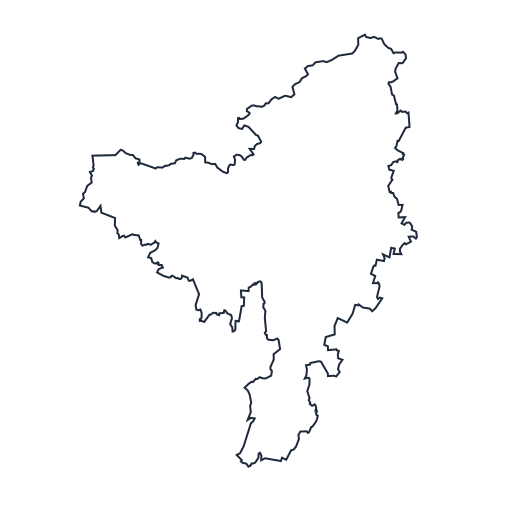 outline of Boyle Lea-6, Roscommon, Ireland, rotated 264°
{"feature_id": "5873133B69148251137192", "entity_name": "Boyle Lea-6", "entity_type": "district", "adm_level": 2, "iso_a3": "IRL", "parent_name": "Ireland", "parent_adm1": "Roscommon", "projection": "orthographic", "projection_center": [-8.266, 53.929], "detail": "fine", "context": "isolated", "style": "outline", "palette": "slate", "viewbox_px": 512, "rotation_deg": 264, "n_neighbors": 0, "source": "geoboundaries", "source_scale": "gbopen_adm2", "svg_char_len": 6108}
<svg xmlns="http://www.w3.org/2000/svg" viewBox="0 0 512 512"><g transform="rotate(264 256 256)"><path d="M316.7,100.2L317.4,102.4L322.1,106.6L315.2,106.8L308.5,119.8L301.0,118.8L295.9,121.1L293.2,120.5L292.0,121.7L288.1,121.9L289.9,125.6L290.0,126.8L288.1,128.0L290.6,135.5L289.6,136.9L288.8,141.4L283.8,142.7L283.9,143.4L279.8,143.0L278.2,144.2L279.0,147.2L278.6,148.3L279.4,149.7L278.2,152.5L279.9,156.3L281.4,157.5L279.9,158.3L278.7,160.4L274.4,158.9L272.3,156.4L270.2,151.1L266.0,148.6L264.9,151.6L260.9,152.2L259.2,154.3L259.1,155.8L260.0,157.8L259.0,158.4L257.8,157.6L257.1,158.7L256.9,161.3L254.1,162.1L254.1,160.5L252.8,157.6L250.0,155.9L245.8,162.1L243.6,167.4L243.8,168.9L245.1,169.9L245.0,171.1L242.2,174.3L242.3,176.0L241.2,177.1L241.0,178.6L242.6,180.2L244.2,180.4L241.7,185.6L238.4,186.6L238.2,188.2L239.5,190.8L224.0,195.4L213.5,190.8L209.0,191.0L208.0,193.3L208.6,195.1L205.1,196.0L200.4,195.4L199.0,194.5L199.0,193.5L197.3,193.3L197.1,195.2L195.8,197.6L202.5,203.6L202.4,204.8L204.0,207.3L203.5,210.5L202.1,210.8L201.0,213.1L202.8,213.5L202.8,218.0L205.3,218.7L205.3,219.5L201.8,221.7L199.8,225.2L196.8,225.6L190.9,223.2L187.5,224.9L183.4,224.8L183.2,225.6L184.7,227.7L193.6,228.9L193.5,230.4L192.6,231.4L193.0,232.3L207.7,236.5L207.7,238.6L208.2,238.8L216.1,239.9L216.4,237.1L223.3,237.4L221.9,244.9L225.4,245.5L225.8,247.2L228.4,250.7L227.6,250.7L227.8,253.0L229.2,253.0L228.9,254.4L230.0,255.1L230.4,257.6L228.7,258.8L214.1,257.8L209.4,259.8L208.0,259.4L207.6,258.4L204.1,257.9L200.5,259.6L193.5,258.3L180.1,258.2L178.6,256.7L176.7,257.4L176.3,258.6L173.5,258.2L171.5,259.3L170.4,264.4L171.7,268.4L170.1,269.7L160.8,270.2L156.6,263.3L151.1,262.8L144.0,258.7L141.6,258.6L140.1,259.8L135.4,258.6L133.2,252.7L133.6,250.0L135.1,247.0L133.5,244.3L133.9,242.9L131.4,240.3L130.9,239.6L131.4,238.5L129.8,235.5L126.2,230.9L123.2,233.7L118.9,235.2L110.4,235.9L107.7,234.5L101.4,234.5L93.8,230.6L95.6,234.0L94.6,237.7L92.0,236.0L90.1,233.4L68.0,223.8L61.6,219.6L60.1,216.0L54.5,220.5L53.2,219.5L51.6,221.3L50.5,224.7L47.3,226.4L48.1,227.7L47.8,228.3L50.2,230.1L49.9,231.5L50.6,233.6L55.1,237.3L59.1,238.0L59.9,239.3L56.9,240.5L52.3,239.8L53.9,243.8L49.5,259.3L52.7,260.8L50.2,264.7L59.1,270.6L59.6,273.3L62.3,275.9L69.6,279.6L73.6,279.5L76.8,281.8L76.3,288.2L74.7,289.0L75.0,290.2L80.2,293.1L80.5,294.4L85.3,298.6L88.8,300.2L90.8,300.7L91.5,299.6L93.6,299.2L94.8,300.3L96.2,300.1L96.1,299.0L98.6,300.0L101.4,299.5L102.3,298.9L101.1,296.2L103.4,294.0L104.3,294.6L107.2,293.4L109.0,294.4L116.2,292.9L122.7,295.7L128.2,296.4L129.2,296.0L129.5,294.7L129.0,291.7L132.2,293.7L138.0,294.8L142.1,294.3L142.3,298.4L143.9,298.9L144.8,307.5L144.1,309.6L131.6,315.2L129.0,315.0L128.8,321.0L127.8,323.2L131.9,327.1L135.0,325.7L139.5,327.4L143.7,331.1L145.7,327.0L149.8,327.1L152.8,328.5L153.8,326.4L154.8,326.2L154.8,317.8L158.7,318.0L160.5,314.6L168.1,316.9L169.8,326.1L178.2,326.8L185.7,330.8L180.3,339.7L188.6,346.1L197.0,349.5L196.2,352.6L197.1,353.1L193.7,356.7L191.7,363.8L188.9,365.8L191.4,369.2L200.7,377.1L201.7,374.9L200.5,372.9L202.5,372.0L212.8,375.7L215.8,375.4L217.1,374.5L216.3,373.6L216.8,369.5L223.6,372.5L226.3,368.5L233.1,371.5L234.2,372.6L233.8,373.8L239.7,375.8L237.6,382.7L240.3,383.7L244.3,382.5L240.7,388.6L250.0,391.3L248.9,394.8L243.7,393.0L242.6,400.7L245.4,399.6L248.1,399.9L250.7,402.1L253.0,404.6L253.2,405.3L251.9,406.3L254.1,411.6L259.2,409.9L259.0,414.4L256.6,416.8L257.8,417.9L263.3,417.9L265.9,413.6L269.2,414.4L272.6,412.7L273.3,411.8L273.4,409.0L271.5,406.9L273.2,404.2L279.1,408.3L279.4,401.9L284.0,402.1L284.4,403.7L285.9,405.1L291.5,407.1L291.9,403.1L297.9,402.3L300.8,399.8L304.3,399.0L304.6,396.9L305.8,396.9L305.7,395.6L311.9,394.8L317.6,399.7L318.7,398.7L320.4,399.0L326.3,401.9L327.9,397.6L331.7,397.1L332.2,399.9L335.1,402.3L335.5,404.9L334.6,406.4L336.3,406.9L337.6,409.4L336.8,410.2L337.4,411.4L336.4,411.8L337.1,412.6L338.8,412.3L341.1,413.9L342.1,412.7L342.8,413.3L346.3,407.9L348.9,405.6L350.5,407.1L355.7,408.8L355.4,409.9L367.9,418.3L368.3,422.2L382.7,422.6L382.2,421.1L384.0,419.9L384.1,416.2L385.5,415.1L383.1,411.3L383.2,410.0L386.0,411.9L392.1,412.0L392.3,411.2L401.2,409.9L402.4,408.2L410.3,407.5L413.5,405.7L415.0,406.5L414.6,408.2L415.3,410.7L417.9,415.3L424.8,413.6L427.8,414.5L433.0,418.1L432.4,421.5L432.8,422.2L437.0,425.9L440.7,425.8L443.7,423.6L443.1,421.7L443.8,416.3L443.3,414.0L447.9,412.0L449.2,409.2L453.3,405.7L459.0,403.7L459.5,402.5L459.1,400.3L461.6,396.3L460.8,392.6L462.3,388.5L464.7,387.4L461.9,380.3L455.3,379.8L449.5,375.6L447.3,372.9L446.6,359.0L443.0,351.8L441.4,346.6L442.8,343.2L442.4,335.4L439.7,332.3L439.5,327.6L437.3,324.2L431.3,326.7L429.6,324.7L428.0,320.2L424.5,317.6L422.7,312.6L420.3,309.9L412.7,311.1L410.3,307.5L412.2,302.5L412.1,300.8L410.0,295.0L412.2,291.6L410.1,287.7L406.5,284.3L406.8,281.6L404.9,280.3L403.8,277.7L405.1,271.3L406.0,270.0L406.0,267.5L403.2,262.4L401.0,262.0L399.2,264.5L398.1,264.4L396.5,262.5L393.9,257.8L393.9,254.3L395.2,253.6L395.0,252.5L390.9,252.0L387.8,250.2L385.0,252.0L383.8,255.4L387.1,258.0L385.3,262.0L376.4,268.6L375.5,270.5L369.0,273.1L367.8,271.9L367.2,268.6L365.6,266.4L362.7,265.3L363.2,260.9L357.3,264.2L356.6,263.2L357.0,261.5L355.0,257.1L352.7,255.2L353.0,254.0L356.6,252.1L358.0,250.3L358.8,247.7L357.3,244.4L354.0,245.2L349.3,244.4L348.8,242.7L349.6,239.8L348.9,239.0L346.0,237.3L342.4,237.0L341.4,235.7L343.1,232.1L347.9,226.8L351.8,225.1L352.0,221.6L353.8,218.3L354.4,215.3L360.0,215.7L362.7,212.9L363.5,211.2L363.8,207.7L365.3,206.0L365.0,204.5L363.5,204.6L360.2,202.4L359.7,200.1L361.2,195.9L360.0,194.8L360.7,190.8L359.5,186.7L356.7,185.0L356.6,180.8L355.5,179.4L355.0,176.4L355.3,175.3L353.7,172.2L354.6,167.0L353.5,165.4L359.9,152.0L360.1,150.3L359.1,148.7L361.1,148.2L361.9,150.0L364.2,150.2L365.7,146.4L369.3,144.1L369.8,141.1L371.9,137.2L374.8,134.6L375.8,132.5L371.0,126.7L372.9,103.8L363.1,104.0L360.9,103.0L359.7,103.9L357.5,102.7L356.9,99.6L353.0,101.3L351.1,100.1L346.2,100.2L343.4,95.5L337.6,92.7L336.0,90.5L331.3,90.8L328.3,87.3L324.6,86.1L321.6,94.3L317.8,97.2L317.2,98.1L317.5,99.5L316.7,100.2Z" fill="none" stroke="#1e293b" stroke-width="2"/></g></svg>